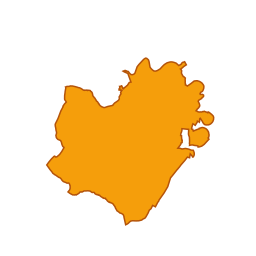 outline of Farcasa, Maramures, Romania, rotated 302°
{"feature_id": "2599482B60199590435941", "entity_name": "Farcasa", "entity_type": "district", "adm_level": 2, "iso_a3": "ROU", "parent_name": "Romania", "parent_adm1": "Maramures", "projection": "natural_earth1", "projection_center": [23.328, 47.604], "detail": "fine", "context": "isolated", "style": "filled", "palette": "amber", "viewbox_px": 256, "rotation_deg": 302, "n_neighbors": 0, "source": "geoboundaries", "source_scale": "gbopen_adm2", "svg_char_len": 5857}
<svg xmlns="http://www.w3.org/2000/svg" viewBox="0 0 256 256"><g transform="rotate(302 128 128)"><path d="M137.7,198.4L138.2,198.7L139.2,198.6L139.9,198.5L140.9,198.1L141.9,197.4L142.4,196.9L143.7,195.2L142.7,193.3L142.6,192.5L142.3,190.8L141.3,188.0L140.8,187.2L138.8,184.9L138.4,183.0L137.3,181.0L141.6,181.4L142.7,181.3L143.5,180.9L144.3,181.6L146.3,180.5L146.1,180.2L148.7,178.2L149.8,177.5L149.5,176.6L151.5,175.7L153.0,175.5L154.7,174.9L156.0,174.1L158.1,178.4L159.0,180.1L157.2,181.2L155.0,182.4L154.2,183.1L153.4,184.1L153.3,184.4L152.5,185.1L149.3,187.3L147.4,188.3L146.6,189.1L145.9,189.4L147.0,190.5L148.0,192.0L148.3,193.3L149.5,195.8L149.8,196.9L149.0,197.5L149.6,198.3L150.8,199.4L151.8,200.2L154.5,201.3L161.4,202.6L162.0,201.2L162.9,201.3L164.4,200.8L164.7,200.6L165.4,200.2L165.7,199.8L167.2,198.5L168.2,196.6L168.6,195.2L168.7,194.2L168.4,192.2L167.9,190.9L167.5,190.4L165.5,188.6L165.2,188.9L163.1,187.2L160.0,185.0L161.2,183.6L160.8,183.0L160.9,182.3L165.2,180.9L166.0,180.8L165.9,183.6L169.8,183.6L170.6,183.2L170.8,184.6L170.7,185.4L171.8,185.1L173.8,183.9L174.6,183.9L174.4,184.0L174.6,184.1L174.4,184.6L173.0,187.5L172.1,189.0L171.6,190.5L171.6,191.6L172.1,192.8L173.5,194.8L175.2,195.9L177.1,196.4L178.4,196.5L180.4,196.1L182.3,195.1L183.2,194.1L183.4,193.6L183.9,191.6L184.0,190.3L184.2,189.2L184.2,188.0L184.1,187.5L183.2,187.6L183.1,186.2L182.8,185.4L182.6,183.8L181.9,183.4L181.8,182.9L180.6,182.0L179.9,180.7L179.2,179.9L178.8,178.5L178.8,177.7L178.9,177.4L178.7,176.6L180.6,176.7L182.6,177.2L184.3,177.2L184.8,177.1L185.7,176.4L186.6,175.3L187.9,173.3L189.0,173.3L190.9,174.2L192.1,174.9L193.0,174.7L194.2,175.3L195.0,175.3L195.9,174.7L196.0,174.3L195.9,173.2L194.8,171.6L194.9,171.2L195.4,170.8L197.0,170.8L197.8,171.4L198.8,171.7L200.0,171.6L201.5,171.3L202.8,170.7L203.2,170.5L204.1,169.7L204.5,169.0L205.3,167.0L205.4,165.9L205.4,164.2L205.3,163.6L204.8,161.8L204.5,161.2L202.9,159.2L199.5,158.0L195.0,156.1L195.1,155.6L195.0,153.8L195.5,153.8L196.6,152.5L197.3,152.2L199.8,150.5L200.7,150.2L201.1,148.2L200.9,147.7L201.9,145.7L202.6,144.6L202.9,144.2L205.0,143.2L205.6,142.1L205.8,141.3L206.3,141.7L209.9,142.8L212.5,144.0L214.2,140.9L213.3,140.3L213.3,140.2L213.1,140.0L212.7,139.6L211.5,139.2L210.3,139.3L207.9,138.0L208.5,134.5L208.0,132.1L207.3,130.2L206.3,128.7L204.0,126.6L201.1,125.2L198.7,124.6L195.1,123.9L192.2,122.4L190.9,121.3L190.1,119.8L190.2,118.0L190.7,115.8L191.4,114.3L195.3,110.8L196.6,109.3L197.0,106.9L196.5,105.8L194.5,104.9L187.7,103.6L184.8,103.3L178.2,104.8L176.6,104.4L175.4,103.3L174.9,102.1L175.3,100.2L176.1,98.3L175.7,97.6L175.7,96.6L175.3,96.4L175.5,96.3L175.3,95.7L175.3,95.0L174.8,94.9L173.9,93.9L173.6,93.7L173.6,95.0L174.1,98.6L174.0,99.2L168.5,106.2L167.4,105.0L167.0,104.9L163.8,104.9L163.0,104.5L161.0,104.0L160.5,103.5L159.9,103.3L159.3,103.6L158.8,103.4L158.7,103.1L158.7,102.7L160.0,101.0L160.4,100.3L160.2,99.9L159.6,99.9L159.2,99.6L159.0,99.2L158.5,99.3L158.5,99.1L157.2,100.1L156.7,99.7L156.5,99.8L156.4,100.1L156.5,100.1L156.4,100.5L155.9,100.0L155.7,100.1L156.1,100.5L155.8,100.7L156.3,101.1L156.1,101.4L156.0,101.6L156.2,102.6L156.7,102.6L156.7,102.9L155.8,102.8L155.4,103.0L154.5,102.8L154.0,103.1L153.7,103.6L153.1,104.0L152.6,103.8L151.3,104.0L149.7,104.0L148.4,105.0L147.4,105.3L146.1,105.1L144.3,104.4L142.1,103.4L139.8,103.0L139.1,103.1L135.6,99.5L133.0,97.4L132.5,96.6L132.1,94.3L132.2,92.7L132.6,91.2L132.8,91.2L133.0,90.9L133.1,90.4L133.4,89.8L133.4,89.4L133.8,89.0L134.2,87.8L134.1,87.1L135.1,85.5L135.2,85.0L135.8,84.1L135.8,83.4L136.4,82.2L136.6,81.4L137.1,80.6L137.8,80.2L138.9,78.9L139.4,77.8L139.3,77.0L139.7,76.3L139.7,75.8L138.8,74.0L138.3,73.7L138.4,73.0L137.8,72.5L137.3,71.4L137.0,71.3L137.0,71.0L136.6,70.6L136.5,69.8L136.6,69.1L136.6,66.9L136.4,65.6L135.9,64.3L135.7,63.2L135.3,62.0L135.3,61.8L134.2,58.7L133.1,56.8L132.0,55.9L130.9,54.2L130.3,53.7L129.8,53.4L129.8,53.5L128.8,54.1L125.8,55.3L124.8,55.8L121.9,57.1L119.1,58.8L118.6,59.2L118.2,59.9L117.7,61.2L117.3,61.9L114.7,61.4L112.1,61.3L111.8,61.4L111.7,61.6L111.3,61.7L106.9,62.0L99.0,63.6L93.1,64.2L92.2,64.5L90.9,65.5L89.6,66.8L87.9,68.2L86.6,69.6L85.6,70.2L83.5,70.8L82.0,72.2L81.7,72.7L81.2,74.3L81.2,74.8L81.6,77.1L81.5,77.7L80.7,79.0L79.3,80.4L78.1,82.0L77.7,82.8L77.7,83.8L77.6,84.0L77.4,84.1L72.9,84.3L69.1,84.0L67.7,83.5L66.4,83.2L66.0,83.0L65.1,82.1L65.1,81.5L65.3,80.8L65.1,80.5L64.7,80.3L61.4,79.5L57.0,78.9L53.6,78.7L51.5,83.7L50.5,86.7L49.7,88.4L49.8,89.3L49.5,90.2L49.7,91.4L49.5,94.6L49.5,95.7L49.7,96.3L49.7,97.1L49.4,98.3L48.7,99.8L48.3,101.5L48.5,102.7L48.8,104.0L48.9,105.5L49.8,106.7L49.9,107.1L49.4,108.2L48.8,108.8L48.4,109.5L46.2,110.9L44.5,111.3L42.0,111.0L41.8,113.1L41.8,114.2L42.0,116.7L42.6,117.5L42.8,118.1L43.7,118.9L43.8,119.2L43.7,119.5L46.6,121.0L48.0,121.2L48.5,121.4L48.8,121.9L48.8,122.2L49.4,122.7L49.6,123.2L51.0,123.9L51.5,124.3L52.2,125.5L53.4,127.1L54.2,128.7L54.4,129.6L54.3,130.7L54.3,131.6L54.5,132.1L55.1,132.8L55.4,133.4L55.3,133.9L54.8,134.7L54.8,136.4L55.2,136.8L55.1,137.1L55.2,137.7L55.6,138.0L55.4,138.6L55.8,139.2L55.9,139.6L55.7,140.0L55.5,141.0L55.5,143.2L55.4,143.8L55.7,144.1L55.5,144.7L56.4,146.1L55.9,146.5L55.9,147.6L55.2,149.3L55.0,151.4L55.1,151.7L55.5,151.8L55.3,152.5L55.7,153.8L55.7,155.4L54.2,159.0L53.7,159.4L51.9,162.7L52.0,163.1L51.8,165.3L51.6,166.1L52.0,167.4L52.1,169.0L52.0,169.8L50.8,171.5L50.2,171.9L44.7,177.3L46.1,178.2L47.2,178.7L49.3,179.2L50.4,179.6L51.7,180.9L53.5,184.1L55.0,186.3L57.2,188.4L59.2,189.2L60.2,190.0L60.9,190.2L62.2,190.3L66.5,190.1L69.6,189.6L71.8,190.3L75.4,189.9L75.7,193.0L81.0,192.6L82.0,192.8L83.5,192.5L91.9,193.0L99.3,192.8L105.8,191.1L108.7,190.4L108.9,190.6L111.2,190.9L118.5,191.7L120.0,192.0L120.6,192.0L121.0,192.1L122.4,192.3L124.9,192.5L130.5,193.4L134.8,193.8L135.4,196.0L139.0,194.5L138.3,197.1L137.6,198.1L137.7,198.4Z" fill="#f59e0b" stroke="#b45309" stroke-width="1.5"/></g></svg>